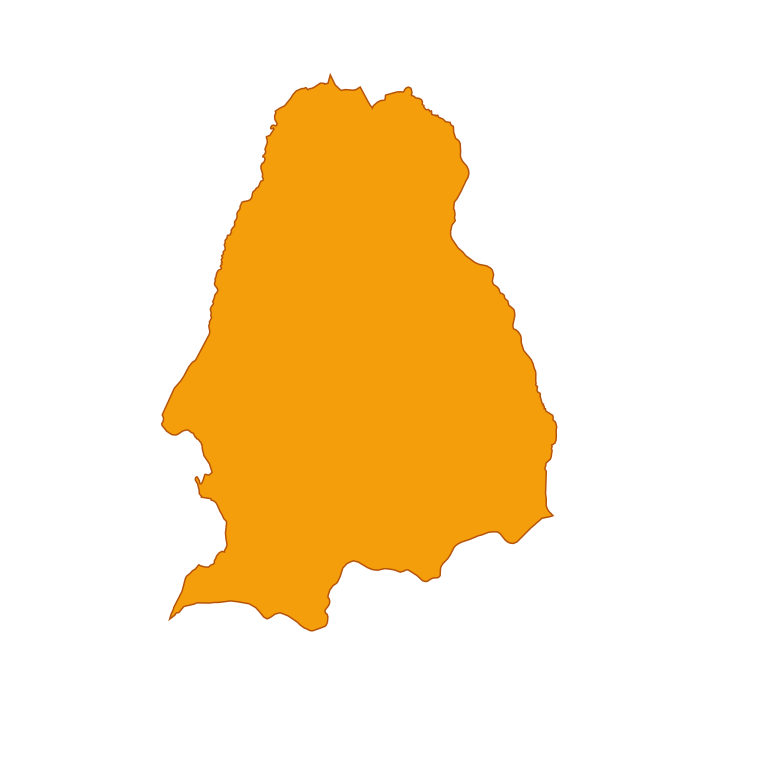 outline of Tutazá, Boyacá, Colombia, rotated 198°
{"feature_id": "7082276B26518640564592", "entity_name": "Tutazá", "entity_type": "district", "adm_level": 2, "iso_a3": "COL", "parent_name": "Colombia", "parent_adm1": "Boyacá", "projection": "robinson", "projection_center": [-72.847, 6.08], "detail": "fine", "context": "isolated", "style": "filled", "palette": "amber", "viewbox_px": 768, "rotation_deg": 198, "n_neighbors": 0, "source": "geoboundaries", "source_scale": "gbopen_adm2", "svg_char_len": 6168}
<svg xmlns="http://www.w3.org/2000/svg" viewBox="0 0 768 768"><g transform="rotate(198 384 384)"><path d="M578.3,324.0L582.1,315.2L585.4,286.1L583.5,284.0L582.9,282.7L582.5,280.5L583.1,277.6L582.4,276.1L576.0,271.9L570.2,270.3L566.4,271.1L564.6,272.4L560.9,277.1L557.8,279.2L555.6,279.6L552.2,278.3L550.2,278.2L547.2,275.3L546.4,275.1L545.2,274.1L543.5,273.9L539.1,271.0L538.9,270.0L537.8,269.1L537.1,266.8L533.0,260.1L525.3,254.1L520.2,246.9L521.3,244.8L522.6,243.1L525.8,243.0L526.4,242.5L526.3,236.4L526.7,233.2L527.1,232.6L527.9,232.3L528.4,232.6L529.7,235.0L532.8,237.8L533.4,237.9L534.1,236.8L534.2,235.6L533.7,234.3L530.2,231.2L526.8,225.5L525.8,222.6L523.1,220.9L522.8,219.9L513.5,221.4L512.9,221.1L512.5,220.2L510.2,220.3L507.3,219.3L504.8,217.0L500.5,212.1L497.7,209.7L494.8,206.5L491.4,204.6L490.8,203.4L488.7,193.2L486.5,188.1L483.6,182.7L483.5,180.0L484.2,176.1L483.8,175.0L486.5,174.7L488.5,172.6L490.1,168.7L490.1,166.0L490.7,163.9L490.1,161.0L490.7,160.0L492.8,158.2L494.3,155.6L497.8,154.6L502.7,154.4L503.9,154.9L504.4,154.6L506.2,149.8L508.5,147.1L510.0,143.7L512.3,140.4L512.8,137.9L512.0,124.4L514.9,106.6L514.7,104.6L515.3,99.1L515.2,94.1L511.5,99.6L510.8,102.1L508.5,103.2L505.6,110.4L504.4,111.3L496.7,115.9L494.4,118.0L482.5,121.7L477.4,124.0L473.9,125.1L462.9,130.3L455.8,131.7L444.3,133.3L436.9,131.7L432.1,129.0L426.5,125.3L422.7,124.5L420.0,126.8L416.7,131.3L413.8,133.4L412.0,134.3L408.6,134.2L403.9,133.9L399.5,132.7L392.2,130.5L389.8,129.1L385.1,127.5L377.8,126.6L375.3,127.4L365.4,135.1L364.4,136.9L364.2,140.0L365.4,145.1L366.8,147.3L369.3,148.4L370.2,150.6L368.2,156.2L368.1,159.0L368.7,161.1L369.8,162.8L371.2,163.7L371.8,165.1L371.9,170.3L371.6,172.2L370.1,176.6L367.8,179.5L367.0,181.2L366.2,187.4L366.3,196.2L363.7,201.8L360.9,204.5L358.4,206.4L353.5,206.7L342.9,204.3L338.3,203.9L335.2,204.3L332.0,205.2L326.6,208.5L322.7,209.5L316.8,210.4L310.4,210.1L306.8,212.6L305.3,214.3L303.3,214.6L293.3,212.0L286.6,208.9L283.8,208.9L282.1,209.5L278.5,213.7L277.1,214.8L273.1,216.3L272.0,217.6L271.4,219.1L273.2,225.7L273.3,228.3L272.5,231.4L269.3,237.8L268.2,241.9L266.9,250.1L266.0,252.3L264.1,254.9L261.4,257.6L254.1,263.0L247.3,268.9L244.5,270.6L238.7,275.3L234.4,277.2L231.0,278.2L229.1,278.2L227.1,277.4L220.6,273.1L217.0,271.8L214.6,271.7L211.5,272.4L208.6,275.1L200.0,292.2L192.3,305.1L185.2,309.1L182.6,311.0L188.3,314.1L190.2,315.8L192.2,318.5L194.3,325.2L196.5,329.7L202.7,351.2L204.7,352.9L205.0,353.9L204.9,356.0L205.5,358.8L202.6,363.8L202.5,366.2L203.6,372.8L204.8,374.2L204.8,376.6L205.7,377.6L203.2,380.5L203.0,383.4L203.7,386.7L206.2,394.0L206.3,396.2L208.6,400.0L209.6,401.0L211.7,401.7L212.2,402.3L213.0,404.9L213.9,406.3L221.8,408.3L222.9,410.4L224.0,410.0L224.7,412.3L226.0,412.6L226.1,414.1L227.6,414.3L231.7,420.6L232.3,423.0L232.8,423.4L235.2,423.9L236.1,424.7L236.8,426.0L237.2,429.0L239.4,429.8L239.5,431.4L240.5,433.4L242.9,441.0L244.0,443.3L245.8,445.1L248.6,449.5L251.6,452.7L261.6,459.1L266.2,465.7L267.8,470.2L269.2,472.5L272.4,475.1L275.4,476.3L277.7,476.5L278.5,477.3L279.6,479.6L280.7,489.3L281.7,492.0L283.5,494.9L287.4,496.7L289.5,497.3L292.1,501.4L294.6,502.2L295.7,503.0L297.1,505.5L299.3,506.5L301.2,506.4L302.2,507.2L304.2,510.0L306.7,511.4L310.4,512.4L311.5,513.4L312.8,515.5L313.6,522.0L316.2,525.8L318.6,527.2L322.8,528.1L330.4,527.2L334.9,527.6L345.9,531.3L349.8,533.8L355.6,536.3L364.3,543.1L366.6,546.0L367.8,549.7L368.5,556.0L366.7,561.3L368.4,564.0L368.7,566.7L369.8,569.3L371.1,571.6L371.9,572.0L373.3,578.6L371.7,583.1L370.3,590.8L368.9,602.1L368.0,606.3L368.2,609.9L369.6,613.4L372.3,616.5L378.4,620.3L381.2,623.3L382.1,625.3L383.1,629.2L385.9,636.3L388.1,638.5L391.9,639.9L395.6,645.1L397.6,650.4L400.6,651.2L401.9,653.2L406.4,652.5L409.8,654.2L414.6,654.6L415.8,656.1L416.4,656.1L417.4,655.0L417.9,655.6L419.4,655.1L422.0,655.2L423.0,658.0L423.5,658.4L424.4,657.4L426.4,658.8L428.5,657.9L429.7,658.3L431.7,659.6L432.1,661.2L433.7,661.5L434.1,661.9L434.6,664.2L436.1,665.8L438.5,666.5L442.3,665.9L444.1,666.8L447.0,667.0L447.4,667.6L447.3,669.5L449.1,672.7L450.1,673.7L452.3,673.9L452.8,673.8L454.6,672.1L455.4,669.9L455.4,668.4L456.5,667.4L458.6,667.1L462.2,665.6L471.8,659.2L470.9,655.1L471.3,654.0L474.8,652.5L477.2,650.1L480.0,645.5L480.4,643.0L480.7,643.5L482.6,644.3L486.3,647.5L498.4,659.1L501.9,655.0L504.8,653.7L511.7,652.1L515.1,650.1L517.2,650.6L522.8,653.3L530.6,661.4L530.2,652.8L533.0,650.8L533.5,651.4L534.3,651.3L537.5,650.5L541.7,645.1L543.8,643.0L546.0,641.9L547.4,640.3L549.5,641.7L550.2,641.5L551.5,640.3L553.6,639.5L557.5,636.1L558.4,634.9L560.1,630.8L560.8,627.5L564.5,617.8L568.1,614.4L571.7,609.9L570.7,608.7L570.9,605.3L569.9,602.6L568.9,601.2L566.5,599.1L566.0,598.0L566.2,596.6L566.7,596.2L569.4,596.0L570.6,594.9L571.0,593.1L570.6,591.9L569.9,591.9L568.3,593.1L567.5,592.5L567.5,592.0L569.4,585.2L572.2,582.9L571.9,581.8L570.8,580.5L569.5,577.3L569.8,570.6L568.3,568.4L568.2,567.6L568.7,565.1L569.6,563.7L569.4,562.6L567.7,562.6L566.9,561.6L566.6,560.5L566.6,558.8L567.1,557.1L568.1,556.1L568.4,553.3L567.5,550.8L564.3,546.2L563.7,543.3L562.1,541.7L561.9,541.0L562.2,540.0L563.2,539.4L563.9,538.4L564.3,532.8L566.1,530.4L566.4,528.6L567.8,526.7L568.0,525.1L567.4,520.4L568.0,518.5L568.5,517.6L570.3,516.0L574.1,514.0L575.3,512.7L575.5,511.8L575.4,510.4L575.8,508.4L575.3,507.3L575.2,505.8L576.4,502.3L576.5,500.5L575.2,497.0L575.5,494.5L576.3,492.3L575.0,488.3L576.3,485.4L576.9,482.8L575.9,481.2L576.6,479.6L576.2,478.8L576.7,477.9L578.8,477.0L578.4,474.2L579.5,471.5L578.7,469.4L578.9,466.9L577.8,465.6L576.5,462.6L577.8,459.9L576.9,458.0L578.0,455.7L576.6,454.5L577.2,451.9L575.5,449.7L576.1,448.8L575.1,447.5L575.9,446.4L576.0,445.3L574.7,444.4L574.3,443.5L574.6,442.8L576.4,441.3L577.0,439.9L577.4,437.5L576.9,433.9L577.2,431.9L576.3,429.7L576.3,427.3L575.6,425.9L571.9,423.1L571.0,421.9L571.2,418.9L572.0,417.8L572.3,416.1L572.0,413.2L572.1,410.6L572.5,409.6L571.2,408.2L571.0,407.4L572.0,404.8L572.3,401.4L570.4,398.6L569.8,395.2L568.7,394.3L568.5,393.1L569.3,389.3L568.6,387.9L568.6,385.1L565.8,379.9L565.5,377.4L570.5,348.9L571.4,347.2L573.0,345.4L574.9,340.3L576.8,329.5L578.3,324.0Z" fill="#f59e0b" stroke="#b45309" stroke-width="1.5"/></g></svg>